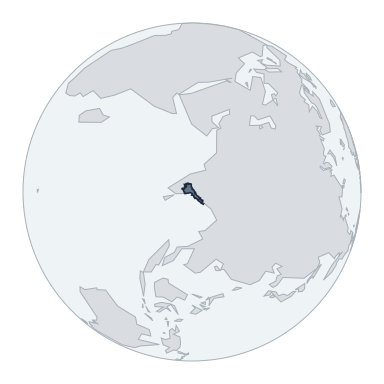 globe centered on Andhra Pradesh, rotated 83°
{"feature_id": "IND-2441", "entity_name": "Andhra Pradesh", "entity_type": "State", "adm_level": 1, "iso_a3": "IND", "parent_name": "India", "parent_adm1": "", "projection": "orthographic", "projection_center": [79.939, 15.897], "detail": "fine", "context": "on_globe", "style": "filled", "palette": "slate", "viewbox_px": 384, "rotation_deg": 83, "n_neighbors": 0, "source": "natural_earth", "source_scale": "10m", "svg_char_len": 13681}
<svg xmlns="http://www.w3.org/2000/svg" viewBox="0 0 384 384"><g transform="rotate(83 192 192)"><circle cx="192" cy="192" r="169" fill="#eef3f6" stroke="#a8b0b8"/><path d="M269.3,41.7L266.9,40.6L267.6,41.0L264.1,39.5L257.1,36.2L254.8,35.3L258.0,36.9L256.6,36.8L252.2,34.5L249.2,34.2L237.0,29.9L230.0,27.4L243.5,31.1L256.6,35.9L269.3,41.7ZM268.3,41.4L269.8,42.2L269.5,42.1L268.3,41.4ZM263.9,39.9L262.9,39.8L262.7,39.3L263.9,39.9ZM261.5,39.4L259.1,39.7L262.4,41.3L251.7,37.4L257.3,38.1L256.6,37.1L259.0,38.4L261.5,39.4ZM246.2,35.5L244.6,35.3L245.0,34.9L246.2,35.5ZM213.6,24.4L211.2,24.2L205.0,23.5L213.6,24.4ZM187.6,23.1L185.0,23.2L187.6,23.1ZM175.3,23.9L176.4,23.8L171.9,24.2L172.6,24.2L175.3,23.9ZM187.4,23.1L188.5,23.1L189.5,23.1L188.2,23.1L187.4,23.1ZM202.6,23.4L200.8,23.3L205.1,23.6L202.5,23.6L198.6,23.2L199.2,23.4L198.4,23.4L196.2,23.1L202.6,23.4ZM189.8,23.3L184.1,23.3L178.5,23.7L176.8,23.8L186.1,23.2L189.8,23.3ZM193.7,23.2L190.9,23.2L190.3,23.1L191.8,23.1L193.7,23.2ZM202.0,23.8L207.0,23.9L207.7,24.0L202.0,23.8ZM188.3,23.4L189.7,23.4L188.0,23.4L188.3,23.4ZM198.0,23.6L199.7,23.5L200.4,23.6L198.0,23.6ZM191.2,23.6L189.3,23.5L190.3,23.4L191.2,23.6ZM194.4,23.6L195.0,23.8L191.8,23.4L195.0,23.5L194.4,23.6ZM198.4,23.7L199.3,23.7L197.6,23.7L198.4,23.7ZM188.6,24.4L184.3,24.0L186.4,23.6L190.3,24.0L188.6,24.4ZM36.7,125.6L55.2,99.7L55.2,103.6L65.4,105.7L66.0,107.8L60.4,115.0L64.6,129.6L71.1,124.2L79.3,133.6L87.5,135.9L98.2,121.8L84.8,117.7L86.8,109.8L101.1,106.9L113.5,111.4L114.7,108.6L110.5,100.3L117.1,96.4L109.5,97.2L109.8,100.5L105.0,101.3L104.4,98.4L106.8,97.0L104.1,94.8L93.6,102.9L92.8,107.2L83.5,106.1L81.2,113.3L77.4,115.6L79.7,104.4L82.3,100.9L83.6,88.4L80.0,91.7L78.6,104.1L77.4,102.5L72.5,108.1L75.2,102.7L77.8,89.1L71.8,88.7L57.8,100.1L55.7,99.7L56.9,95.3L68.5,81.5L71.9,84.1L76.1,80.0L81.0,72.9L81.6,74.5L84.0,72.2L85.8,73.2L93.9,69.2L96.6,69.9L105.0,63.6L107.6,63.3L101.8,67.0L99.3,70.3L106.6,73.2L109.6,72.3L114.5,68.2L115.9,69.8L119.7,65.5L126.6,65.8L121.5,62.0L127.1,57.9L134.1,55.9L135.0,54.1L123.6,57.5L119.9,59.5L118.2,62.3L107.3,68.4L103.6,68.6L111.6,60.2L107.2,59.9L115.3,54.2L141.1,47.3L149.2,47.4L151.3,55.7L146.4,57.6L143.2,55.4L141.3,61.1L143.8,58.8L144.9,60.5L150.6,57.6L151.7,58.7L155.3,54.3L157.3,55.3L155.0,58.1L165.1,55.4L170.6,57.1L172.4,56.1L172.7,54.5L179.5,58.2L180.5,57.3L178.7,55.7L179.4,53.0L183.4,49.9L185.6,51.3L184.4,52.6L185.2,57.8L181.8,61.6L183.1,61.9L186.6,59.0L185.6,52.6L187.4,50.3L188.6,53.1L188.3,51.9L189.9,51.3L193.4,52.2L192.5,49.1L206.9,42.2L215.2,43.8L214.7,46.6L227.0,45.1L235.4,48.1L233.7,46.4L238.4,45.3L235.8,44.3L235.4,43.4L246.4,41.4L250.6,42.4L253.4,40.7L252.5,40.0L249.5,39.1L251.7,37.4L262.4,41.3L263.8,42.6L269.5,44.6L272.1,47.6L276.8,51.3L276.3,54.0L280.1,57.2L281.9,57.7L288.4,62.8L295.5,72.3L281.8,62.2L269.5,49.8L273.9,54.4L270.5,52.9L270.7,54.3L273.9,57.9L275.7,58.6L268.9,63.7L272.1,74.6L277.6,73.8L282.9,77.1L291.3,91.3L287.9,112.1L294.9,118.8L296.6,123.4L293.2,126.5L290.7,119.7L285.6,117.6L284.7,113.6L278.5,117.1L276.9,111.6L272.8,117.5L276.4,121.8L282.5,120.3L279.6,128.4L288.1,135.9L291.1,145.6L283.5,163.6L272.7,169.7L272.4,172.9L267.1,169.6L261.6,176.3L272.7,193.5L272.9,198.7L263.2,209.1L262.7,205.3L248.6,196.6L247.1,209.0L257.8,218.8L261.5,230.5L253.7,227.2L249.8,216.9L244.8,213.5L245.4,202.7L239.9,187.0L232.0,190.2L231.9,183.8L223.0,170.9L211.3,175.2L193.1,192.0L191.8,208.3L185.0,215.3L173.9,191.4L172.0,175.6L166.0,176.7L156.2,162.9L133.7,159.9L132.2,155.6L127.6,157.0L120.9,152.0L119.3,145.1L114.5,144.8L119.2,163.1L124.6,163.6L131.5,157.8L131.6,164.1L138.2,170.5L124.7,184.0L94.0,192.8L94.0,180.4L86.0,144.3L87.9,140.9L88.0,140.5L88.1,139.7L84.3,145.1L83.9,138.2L85.0,162.5L83.9,172.5L93.6,193.4L91.9,195.0L95.9,199.7L112.3,197.8L111.8,201.8L102.2,219.1L82.1,240.2L86.5,257.5L88.0,271.2L79.3,277.7L84.0,288.5L80.0,290.8L82.4,296.6L81.4,301.6L78.4,305.2L69.0,301.4L65.4,296.0L56.0,283.6L41.6,255.0L40.7,244.1L38.5,234.3L32.1,210.1L33.3,199.0L32.4,193.2L30.0,192.6L29.3,185.7L28.2,184.4L23.6,181.3L24.3,171.3L24.6,168.8L27.4,154.1L31.4,139.6L36.7,125.6ZM44.0,114.6L42.4,117.5L44.0,114.6ZM123.6,124.4L133.0,126.9L134.0,116.8L137.7,117.1L136.6,113.8L134.0,116.1L132.3,107.3L138.2,105.6L139.7,101.7L136.6,100.7L126.0,105.4L128.4,117.7L124.0,121.0L123.6,124.4ZM95.5,59.8L94.3,61.7L90.9,63.9L87.6,64.3L92.4,60.9L95.5,59.8ZM93.4,63.9L102.3,56.3L104.7,56.2L101.8,57.5L102.6,58.2L98.1,60.5L91.8,68.4L88.5,71.0L84.1,69.4L87.4,68.3L88.3,66.3L93.4,63.9ZM120.5,41.4L124.4,39.3L124.7,41.6L121.1,43.4L117.4,43.5L119.6,41.5L120.5,41.4ZM181.2,23.4L180.4,23.4L181.2,23.4ZM178.1,23.6L177.6,23.7L176.9,23.7L178.1,23.6ZM145.2,29.6L148.1,29.0L150.1,28.4L152.3,27.9L149.8,28.6L154.9,27.3L156.0,27.2L164.0,26.0L170.7,24.8L173.8,24.5L171.7,25.0L176.2,24.5L174.5,25.2L176.6,25.2L177.0,26.1L171.8,27.4L174.6,27.3L175.1,28.3L171.0,29.7L170.7,28.7L166.4,31.1L163.6,30.5L163.3,30.8L159.5,31.1L154.4,32.2L153.7,31.8L152.0,32.4L149.5,32.7L146.9,33.5L144.8,33.2L141.5,34.3L142.4,33.6L137.2,35.6L140.1,34.0L137.1,34.7L135.9,35.8L131.1,34.6L126.8,36.1L126.0,36.5L145.2,29.6ZM188.5,24.7L182.9,25.8L178.6,26.2L179.7,24.4L178.0,24.4L178.5,23.8L184.7,23.4L184.0,23.5L184.8,23.6L182.5,23.7L184.9,23.7L183.9,24.0L185.5,24.2L183.3,24.5L188.5,24.7ZM69.3,105.7L70.2,106.6L72.3,107.1L69.3,110.9L69.3,105.7ZM70.8,96.4L72.0,96.4L68.7,101.5L67.8,100.7L70.8,96.4ZM75.5,92.4L72.3,96.1L73.5,93.7L75.5,92.4ZM103.3,66.9L104.9,67.0L104.0,68.0L101.8,69.3L103.3,66.9ZM157.7,38.6L158.2,37.5L159.4,37.3L163.6,35.1L166.0,35.6L164.4,37.2L157.7,38.6ZM94.3,123.7L90.3,125.8L89.8,124.0L91.3,123.6L94.3,123.7ZM77.9,118.0L80.4,121.2L77.1,119.0L77.9,118.0ZM161.0,38.8L162.5,37.7L162.8,38.7L161.0,38.8ZM168.0,35.9L168.8,36.8L166.8,35.4L168.0,35.9ZM170.7,344.0L173.7,345.5L170.8,345.4L170.7,344.0ZM111.8,273.6L108.9,295.8L102.2,294.6L98.5,287.4L97.8,273.6L104.8,270.8L107.5,264.8L111.8,273.6ZM296.9,254.4L300.8,254.6L300.6,255.4L296.9,254.4ZM292.9,252.4L297.5,252.1L292.0,254.1L292.9,252.4ZM299.3,251.9L304.0,249.9L306.0,248.4L305.5,250.0L299.3,251.9ZM289.7,252.8L271.5,254.3L264.0,252.9L266.0,250.0L278.0,249.8L289.7,252.8ZM265.4,250.0L253.7,243.0L236.5,220.9L242.7,221.1L260.5,234.0L259.4,236.5L266.4,242.2L265.4,250.0ZM292.8,233.3L291.6,240.6L281.7,241.0L277.1,240.2L273.9,231.3L275.7,226.5L279.6,226.3L293.4,209.0L298.4,212.4L294.4,219.6L298.5,225.4L292.8,233.3ZM192.6,209.9L197.0,219.6L193.2,221.1L192.6,209.9ZM298.2,197.2L293.1,204.8L297.5,194.9L298.2,197.2ZM300.3,188.1L301.0,191.6L298.5,188.4L300.3,188.1ZM273.0,177.8L269.0,178.9L268.5,176.4L273.4,173.5L273.0,177.8ZM293.3,153.9L294.7,161.1L294.4,163.7L291.9,159.5L293.3,153.9ZM183.8,45.0L175.3,47.2L170.8,49.9L170.7,52.7L167.1,50.0L174.1,45.8L183.8,45.0ZM203.8,42.2L203.8,40.2L206.2,40.8L206.5,41.4L203.8,42.2ZM202.1,41.2L197.5,39.4L199.1,38.2L202.4,39.8L202.1,41.2ZM179.0,38.2L176.3,38.7L176.1,37.9L179.0,38.2ZM304.0,317.5L307.9,312.9L310.7,311.3L306.2,315.9L304.0,317.5ZM304.6,301.5L277.3,315.2L272.3,314.7L275.8,310.3L275.5,298.2L277.3,298.3L278.8,289.7L296.2,279.7L309.3,263.3L316.5,262.9L323.4,251.1L330.0,250.4L326.6,259.3L331.8,263.3L339.4,243.0L338.5,262.3L339.5,268.0L335.0,280.1L318.1,303.3L312.2,308.7L312.9,307.2L310.0,309.8L308.1,309.9L310.6,303.9L307.6,306.5L312.1,300.9L307.0,306.1L307.6,302.3L304.6,301.5ZM356.2,229.0L356.6,227.8L356.5,228.5L356.2,229.0ZM306.5,253.9L312.2,247.6L315.0,246.7L306.5,253.9ZM356.4,227.1L355.9,227.4L356.1,226.2L356.4,227.1ZM356.8,224.5L357.0,223.0L356.7,226.3L356.8,224.5ZM356.2,221.9L356.5,224.1L356.0,222.3L356.2,221.9ZM355.7,222.6L355.2,221.8L355.3,221.3L355.7,222.6ZM346.5,229.0L348.8,236.8L346.2,237.7L343.5,233.1L340.1,239.3L333.2,240.3L335.2,236.5L334.6,231.7L326.7,231.4L325.1,228.4L328.2,225.6L322.5,224.0L328.8,221.4L331.0,227.7L334.4,221.7L339.7,221.7L344.3,222.7L347.5,226.7L346.5,229.0ZM328.2,236.3L329.2,236.1L328.2,238.3L328.2,236.3ZM354.2,218.8L354.9,221.6L354.7,222.5L354.3,222.2L354.2,218.8ZM348.3,225.2L351.9,218.4L352.6,218.2L350.1,225.4L348.3,225.2ZM351.3,215.0L352.7,215.2L353.3,218.1L352.9,219.1L351.3,215.0ZM315.5,232.3L315.2,234.3L313.5,233.1L315.5,232.3ZM317.8,230.9L322.8,232.1L317.3,232.6L317.8,230.9ZM301.2,226.7L302.8,230.9L308.1,227.4L304.0,232.0L307.3,238.9L306.0,241.8L302.8,234.3L301.2,242.7L298.8,242.8L297.8,236.0L300.4,227.1L302.7,223.2L312.1,220.5L301.2,226.7ZM317.9,225.4L316.5,220.4L317.5,216.8L319.0,219.3L317.9,225.4ZM311.9,208.5L307.6,203.0L304.1,205.8L310.7,196.4L313.8,203.2L311.9,208.5ZM307.6,195.7L304.4,198.2L307.4,192.9L307.6,195.7ZM303.3,196.3L302.5,192.2L305.3,192.4L303.3,196.3ZM309.3,195.7L309.2,188.5L311.0,192.5L309.3,195.7ZM300.2,183.0L306.9,189.1L299.0,187.1L296.6,173.7L299.9,173.0L300.2,183.0ZM305.7,127.6L303.8,124.1L306.1,122.9L306.8,125.6L305.7,127.6ZM312.0,117.2L306.1,121.5L301.1,125.6L303.6,127.0L304.1,133.3L299.3,127.9L301.5,120.7L305.6,118.8L304.4,113.7L306.4,109.9L303.1,103.9L303.3,101.2L307.6,106.2L312.0,117.2ZM301.5,101.5L296.5,91.2L301.8,92.1L304.1,94.6L304.1,98.8L301.3,98.0L301.5,101.5ZM296.8,89.1L294.1,88.4L280.9,74.8L279.5,72.3L292.3,82.4L290.4,82.4L292.7,85.8L296.8,89.1ZM246.1,36.0L244.7,35.3L246.6,35.9L246.1,36.0ZM233.8,42.9L233.5,41.9L235.7,42.4L233.8,42.9ZM233.8,39.5L231.6,39.7L233.1,38.9L233.8,39.5ZM226.6,40.4L230.2,39.5L228.1,41.3L226.6,40.4Z" fill="#d9dde1" stroke="#a8b0b8" stroke-width="1"/><path d="M193.0,199.0L192.9,198.8L192.6,198.4L192.6,198.7L192.4,198.5L192.3,198.8L192.5,199.1L192.8,199.1L192.5,199.2L192.3,199.0L192.1,199.3L192.1,199.5L191.6,199.7L191.6,199.8L191.3,199.8L191.3,199.7L191.0,199.7L190.8,199.5L190.6,199.6L190.5,199.9L190.4,200.0L190.2,200.1L189.8,200.4L189.5,200.4L189.3,200.4L189.2,200.3L188.9,200.3L188.5,200.4L188.5,200.5L188.3,200.5L188.1,201.2L188.0,201.3L187.9,201.3L187.7,201.6L187.3,201.5L187.1,201.2L187.1,200.9L187.2,201.0L187.4,200.9L187.5,200.8L187.8,200.9L187.7,200.8L187.6,200.7L187.8,200.4L187.9,200.1L188.0,200.0L188.1,199.7L187.9,199.7L187.5,199.6L187.4,199.4L187.5,198.8L187.1,198.8L187.0,198.7L186.8,198.6L186.6,198.6L186.7,198.4L186.7,198.2L186.5,197.9L186.5,198.0L186.3,198.0L186.2,198.1L186.2,197.9L186.3,197.8L186.3,197.7L186.1,197.8L185.9,197.7L185.8,197.8L185.6,198.1L185.5,198.3L185.4,198.2L185.3,198.3L184.9,198.4L184.8,198.1L184.7,198.0L184.4,198.0L184.2,197.9L183.9,197.9L183.9,198.0L184.0,198.2L183.8,198.2L183.7,198.3L183.6,198.2L183.5,198.3L183.5,198.2L183.6,197.8L183.4,197.5L183.4,197.3L183.2,197.1L183.4,197.0L183.5,197.0L183.6,197.3L183.8,197.4L183.9,197.5L184.3,197.5L184.5,197.7L184.5,197.8L184.7,197.6L184.5,197.4L184.6,197.2L184.9,197.0L184.9,196.8L184.9,196.7L184.7,196.6L184.7,196.8L184.5,196.7L184.4,196.7L184.1,196.6L183.8,196.7L183.8,196.9L183.3,196.8L183.4,196.6L183.2,196.5L183.2,196.4L183.3,196.3L183.4,196.2L183.1,196.1L183.0,195.9L182.9,195.9L182.9,195.7L182.9,195.3L183.1,195.2L183.1,194.8L183.1,194.7L182.8,194.6L183.0,194.3L183.2,194.5L183.5,194.5L183.9,194.5L184.0,194.2L183.9,193.7L183.7,193.6L183.7,193.4L183.6,193.1L183.7,192.8L183.7,192.7L183.8,192.6L183.7,192.3L183.8,192.0L183.9,191.9L184.1,191.8L184.3,191.7L185.3,191.9L185.5,192.0L186.1,192.0L186.2,191.9L186.8,192.2L187.2,191.8L187.2,191.7L187.4,191.6L187.5,191.5L187.6,191.4L187.9,191.4L188.1,191.5L188.3,191.5L188.6,191.6L188.9,191.5L188.9,191.2L189.1,191.3L189.1,191.1L189.4,191.0L189.8,191.0L190.0,190.7L189.9,190.5L189.9,190.2L190.1,190.0L190.5,190.0L190.8,189.8L191.0,189.7L191.4,189.7L191.5,189.6L191.8,189.6L191.9,189.8L192.1,189.8L192.3,189.5L192.4,189.3L192.2,189.1L192.4,188.8L192.6,188.7L192.8,188.6L193.0,188.8L193.1,189.1L193.3,189.2L193.6,189.4L193.9,189.4L193.8,189.2L193.8,188.9L193.7,188.9L193.3,188.8L193.3,188.6L193.5,188.6L193.6,188.4L193.8,188.3L194.0,188.4L194.1,188.5L194.5,188.6L194.7,188.3L194.8,188.2L195.4,188.0L195.6,187.8L196.1,187.6L196.3,187.5L196.5,186.8L196.6,186.7L197.2,186.3L197.2,186.2L197.6,185.8L197.8,185.7L198.0,185.6L198.3,185.8L198.5,185.8L198.6,185.6L198.7,185.4L198.8,185.3L198.6,185.2L198.8,184.9L198.8,184.5L199.0,184.2L199.2,184.3L199.2,184.5L199.4,184.8L199.4,185.0L199.6,185.1L199.6,184.9L199.9,184.7L200.0,184.7L199.9,184.5L200.0,184.5L200.3,184.7L200.7,184.6L200.7,184.4L200.8,184.2L200.7,184.1L200.6,183.8L200.9,183.5L201.0,183.5L201.6,183.2L201.4,183.0L201.4,182.8L201.5,182.8L201.8,182.9L201.8,182.6L202.0,182.7L202.2,182.4L202.5,182.7L202.6,183.0L202.6,182.9L202.8,182.8L202.9,183.2L203.0,183.3L203.5,183.3L203.8,183.4L204.3,183.3L204.4,183.0L204.5,183.0L204.6,182.9L204.6,182.6L204.8,182.6L205.1,182.4L205.2,182.2L205.4,182.2L205.5,182.4L205.4,182.3L205.4,182.5L205.4,182.4L205.5,182.4L205.2,182.9L205.1,183.0L204.8,183.4L204.6,183.7L204.5,183.8L204.4,183.9L204.3,184.0L204.1,184.1L204.3,184.0L203.8,184.6L203.7,184.8L202.7,185.3L202.3,185.6L202.1,185.9L201.9,186.0L201.9,185.9L201.9,186.1L201.6,186.6L201.4,186.6L201.3,186.8L201.2,186.8L201.3,186.9L200.9,187.1L200.3,187.5L200.3,187.4L199.8,187.7L199.1,188.1L199.0,188.3L198.9,188.4L198.7,188.6L198.5,188.9L198.6,189.1L198.8,189.2L198.8,188.8L198.8,189.0L198.8,189.3L198.8,189.7L198.7,189.9L198.6,190.0L198.4,190.1L198.0,190.4L197.9,190.3L197.8,190.5L197.4,190.6L197.2,190.7L197.0,190.8L196.9,190.7L196.7,190.7L196.4,190.6L196.2,190.7L195.9,190.6L195.7,190.7L195.7,190.9L195.7,191.0L195.5,191.6L195.4,191.8L195.0,192.1L195.0,192.3L194.8,192.1L194.7,191.6L194.7,191.8L194.7,192.0L194.5,192.5L194.5,192.2L194.4,192.0L194.1,192.0L193.8,192.1L193.7,192.0L193.4,192.3L193.0,192.6L192.7,193.1L192.8,193.2L192.5,193.5L192.4,193.7L192.3,194.4L192.3,194.6L192.5,195.5L192.7,195.8L192.7,196.2L192.7,196.6L192.5,196.8L192.4,196.9L192.3,197.0L192.5,196.9L192.5,197.2L192.6,197.5L192.9,198.2L192.8,198.5L193.0,199.0L193.0,199.0ZM198.5,189.5L198.4,189.5L198.4,189.4L198.3,189.5L198.6,189.6L198.5,189.5ZM194.9,192.3L195.0,192.4L194.8,192.5L194.6,192.2L194.9,192.3Z" fill="#64748b" stroke="#1e293b" stroke-width="1.5"/></g></svg>